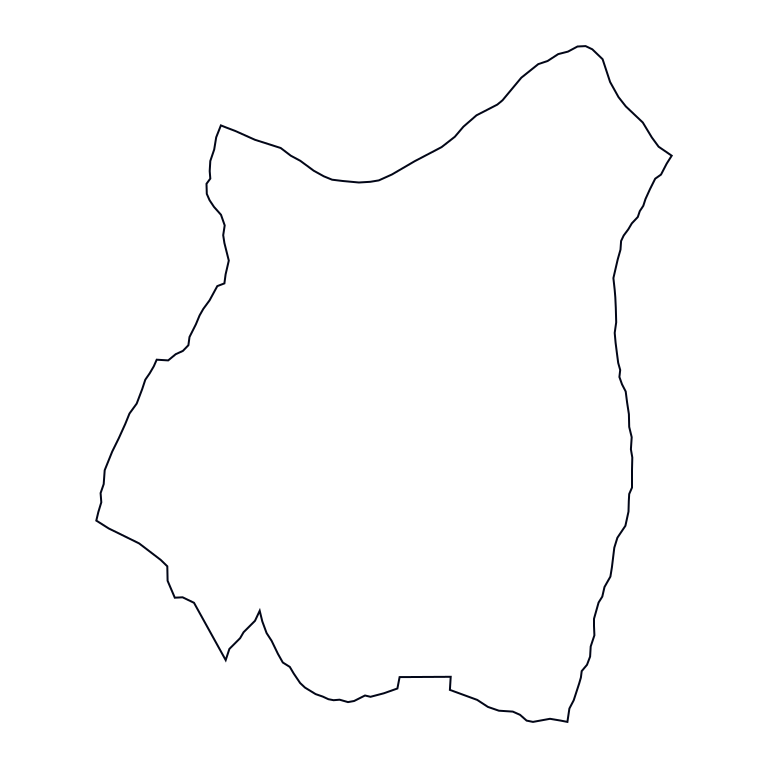 the district of Terra Rica, Paraná, Brazil
{"feature_id": "56859067B82246536000747", "entity_name": "Terra Rica", "entity_type": "district", "adm_level": 2, "iso_a3": "BRA", "parent_name": "Brazil", "parent_adm1": "Paraná", "projection": "natural_earth1", "projection_center": [-52.68, -22.72], "detail": "fine", "context": "isolated", "style": "outline", "palette": "ink", "viewbox_px": 768, "rotation_deg": 0, "n_neighbors": 0, "source": "geoboundaries", "source_scale": "gbopen_adm2", "svg_char_len": 2334}
<svg xmlns="http://www.w3.org/2000/svg" viewBox="0 0 768 768"><path d="M255.0,139.8L235.1,130.9L225.9,127.4L220.9,125.4L216.2,137.3L214.2,149.5L210.3,161.0L209.7,171.1L210.3,178.6L206.5,183.8L206.8,193.9L209.6,200.3L214.0,206.9L221.0,214.8L224.7,225.4L223.2,235.2L224.4,243.0L228.8,260.6L225.6,274.4L224.4,283.4L217.3,286.1L209.6,300.3L203.3,308.9L199.6,315.4L195.9,324.3L189.5,337.0L188.4,345.2L182.9,350.9L175.7,354.2L168.2,360.4L156.7,359.7L153.8,366.3L149.7,373.3L145.3,379.7L142.2,389.1L136.7,403.6L129.5,413.5L125.2,424.1L118.8,438.2L112.2,451.6L104.7,470.2L103.7,484.1L100.6,493.1L101.3,502.3L98.3,512.2L96.3,520.6L108.8,528.5L139.1,543.4L160.7,559.9L167.3,566.3L167.6,580.8L174.8,597.7L182.6,597.3L194.0,602.8L225.7,660.1L229.4,648.9L240.1,638.2L243.6,632.2L255.0,620.8L259.7,610.8L262.3,621.4L266.6,633.1L271.6,640.8L277.9,653.8L282.8,662.5L289.8,666.9L293.7,673.5L300.1,683.0L305.0,687.6L315.6,694.1L322.8,696.6L328.4,699.2L333.6,700.2L339.6,699.7L348.0,702.1L354.1,701.0L365.0,695.5L370.5,696.8L383.8,693.3L397.4,688.5L399.6,677.1L450.7,676.8L449.9,689.9L477.2,699.9L487.9,706.9L498.9,710.7L512.8,711.6L520.0,714.8L526.6,720.6L533.0,721.9L550.0,718.8L560.7,720.6L567.4,721.9L569.4,708.5L573.7,700.3L579.2,683.4L580.9,677.5L581.7,671.1L587.0,664.8L590.1,656.6L590.7,646.5L594.4,635.3L594.0,625.9L594.0,618.8L598.6,602.5L602.3,596.6L604.5,587.0L610.4,576.6L611.9,567.4L614.3,547.7L617.4,537.7L625.4,525.8L628.5,511.6L628.8,501.2L629.2,494.0L632.0,487.6L632.0,470.0L632.3,457.5L630.9,449.3L631.7,437.2L629.2,426.9L628.9,414.2L627.1,402.5L625.7,391.5L622.0,384.3L619.4,377.0L620.2,370.0L618.2,362.9L617.1,354.6L615.6,342.8L614.7,332.9L616.2,322.3L615.8,307.8L615.3,297.2L614.7,290.0L613.4,278.1L617.7,259.5L620.5,249.6L621.1,241.0L623.7,235.5L628.3,229.3L631.8,223.4L637.8,217.0L639.8,211.1L643.3,205.8L645.5,199.0L650.0,189.1L655.2,178.7L661.0,174.6L666.7,163.6L671.7,155.7L658.6,146.7L651.8,137.4L642.8,122.5L625.8,106.4L618.5,97.1L610.1,82.0L602.6,59.2L592.3,49.3L585.6,46.1L577.5,46.5L568.0,51.6L558.2,54.1L547.6,61.0L538.3,64.1L521.3,77.7L502.5,100.3L497.3,104.6L476.5,115.3L463.4,126.7L454.8,136.8L441.6,147.1L414.7,161.2L391.9,174.5L378.8,180.4L370.3,181.8L358.9,182.5L342.8,181.0L332.1,179.7L323.8,176.3L313.7,170.7L300.3,160.8L290.8,155.7L280.7,148.0L255.0,139.8Z" fill="none" stroke="#020617" stroke-width="2"/></svg>